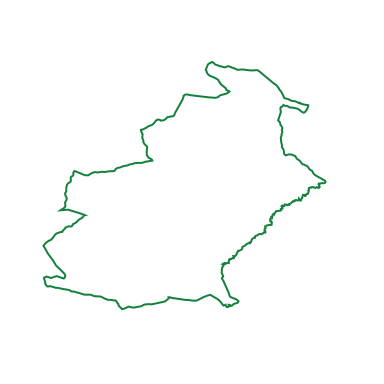 outline of Monkoto, Équateur, Democratic Republic of the Congo, rotated 109°
{"feature_id": "63176286B4277783159614", "entity_name": "Monkoto", "entity_type": "district", "adm_level": 2, "iso_a3": "COD", "parent_name": "Democratic Republic of the Congo", "parent_adm1": "Équateur", "projection": "equal_earth", "projection_center": [20.843, -1.599], "detail": "fine", "context": "isolated", "style": "outline", "palette": "green", "viewbox_px": 384, "rotation_deg": 109, "n_neighbors": 0, "source": "geoboundaries", "source_scale": "gbopen_adm2", "svg_char_len": 6010}
<svg xmlns="http://www.w3.org/2000/svg" viewBox="0 0 384 384"><g transform="rotate(109 192 192)"><path d="M138.7,69.1L137.9,70.1L137.6,72.9L137.1,74.4L136.9,76.3L135.9,81.3L134.9,83.2L133.0,85.2L132.3,88.3L130.7,90.3L129.8,92.1L130.0,93.3L129.6,94.6L129.8,96.3L129.3,97.5L127.3,100.4L126.6,103.1L126.1,104.1L124.4,106.0L124.2,110.4L124.5,111.5L125.1,113.0L126.6,114.9L126.8,115.6L126.3,116.7L125.6,117.5L122.6,118.9L120.0,121.8L118.9,121.9L115.9,123.8L111.5,125.8L109.6,125.7L108.3,126.1L105.9,126.1L104.0,127.3L102.1,127.3L101.4,127.9L99.5,130.4L97.6,131.5L96.2,133.9L87.7,134.0L84.1,135.7L82.8,135.6L82.0,134.6L79.9,133.7L80.2,132.3L79.7,129.6L80.2,127.6L80.2,126.8L79.6,125.1L78.9,119.7L79.1,117.9L80.5,114.3L80.6,112.1L79.6,111.2L77.0,110.3L73.0,110.0L72.1,110.3L72.9,115.0L73.0,117.6L72.5,118.7L72.6,119.2L73.1,119.3L72.6,123.9L73.4,127.5L72.9,131.0L73.1,134.2L72.9,135.7L70.9,137.3L67.7,140.8L66.6,143.0L65.9,143.4L63.5,147.0L62.6,150.4L56.2,167.1L55.6,169.1L55.7,170.7L56.8,172.9L58.0,176.3L59.8,184.5L61.6,188.5L61.6,190.3L61.2,192.2L61.4,193.2L61.1,197.9L61.5,199.2L63.1,201.0L63.5,201.8L63.7,203.2L63.6,204.8L64.1,206.7L63.9,208.0L63.9,211.6L63.2,212.9L62.4,215.1L65.2,217.9L66.4,218.5L72.1,218.8L72.7,217.8L74.0,217.0L75.3,215.6L76.3,213.0L76.5,209.0L77.1,204.9L77.8,203.2L78.3,203.0L79.7,201.1L79.7,200.7L80.3,200.5L80.7,199.9L82.9,193.9L83.5,193.2L84.4,192.7L84.6,189.7L84.8,189.3L86.5,190.4L88.3,192.2L91.5,197.0L93.9,198.3L95.3,200.5L96.9,206.3L101.0,225.1L101.4,228.9L102.6,230.6L104.0,231.3L104.5,231.0L108.0,231.1L122.9,233.8L125.1,233.8L126.0,234.2L126.8,234.9L127.2,236.3L128.2,237.6L129.1,239.4L132.9,241.6L134.0,243.2L134.7,244.8L134.3,245.7L134.4,247.2L135.2,248.7L137.2,249.7L139.2,250.2L141.9,251.8L142.9,253.4L145.0,255.5L146.1,256.1L148.7,258.7L149.9,260.6L151.5,259.6L153.3,257.6L157.0,256.6L159.4,254.6L160.6,254.3L162.0,252.8L163.6,249.4L164.1,249.0L168.1,248.1L172.2,246.6L172.6,245.5L173.4,244.8L173.7,244.1L174.2,241.3L174.6,240.3L175.3,239.7L176.4,242.0L177.8,244.3L178.1,245.3L180.5,248.4L183.3,255.5L185.2,257.9L186.0,259.6L187.8,261.5L189.0,263.8L190.3,265.8L192.3,268.1L193.5,270.3L195.1,271.6L196.8,271.9L197.9,273.1L199.5,277.4L201.7,281.3L201.9,283.1L204.3,287.6L204.6,289.6L204.9,290.5L207.5,293.7L209.9,295.4L211.0,298.7L210.3,309.9L212.5,310.5L214.1,309.8L215.4,309.9L217.0,311.3L217.9,311.4L220.7,310.2L221.7,310.2L224.4,312.1L225.8,312.5L228.5,312.4L232.7,311.0L233.3,311.4L234.8,311.5L235.6,311.2L238.4,308.6L239.2,308.2L240.3,308.1L243.3,308.6L245.0,307.7L247.0,307.1L249.9,308.3L250.5,309.2L252.1,310.4L249.1,303.6L248.6,289.6L248.8,285.6L249.4,286.5L251.2,287.0L253.2,288.2L254.3,289.4L256.2,290.6L259.0,291.9L261.2,294.1L263.1,294.3L263.6,294.7L264.1,295.3L264.7,297.7L266.9,300.1L268.2,300.3L270.7,301.6L271.9,301.6L272.6,303.1L275.3,306.6L276.8,307.5L280.2,308.5L282.6,309.5L283.9,310.4L284.6,311.5L288.2,313.9L291.2,314.9L297.6,307.6L301.7,301.4L305.7,296.7L310.6,286.4L311.5,285.2L312.4,284.5L314.6,284.6L315.1,284.7L315.6,285.3L315.6,292.6L319.2,297.3L319.3,301.9L321.0,303.9L321.6,304.0L325.2,301.3L326.1,301.2L327.6,299.6L328.3,298.4L328.4,297.8L328.0,296.8L327.3,295.9L326.9,291.1L327.0,289.7L326.3,287.7L325.6,281.2L325.2,280.2L325.2,279.0L324.8,277.4L324.7,275.6L325.3,273.4L324.4,270.6L324.6,268.1L324.2,266.5L324.2,261.4L323.8,259.3L322.3,255.2L322.1,253.7L322.3,250.3L320.6,244.5L320.9,241.3L321.2,240.2L321.3,236.3L320.1,232.5L320.1,231.5L319.5,228.7L319.7,228.2L321.3,226.4L322.0,225.1L323.0,224.7L324.2,222.8L324.6,221.5L325.6,220.0L323.9,217.6L321.0,214.6L320.8,211.8L320.2,209.3L316.5,202.7L314.5,201.0L313.6,199.8L312.3,196.9L311.3,193.5L304.4,182.0L300.3,179.4L299.7,179.4L299.2,179.9L298.8,179.1L298.7,176.5L296.3,163.7L295.3,160.4L294.6,156.5L293.5,152.9L292.2,151.2L288.2,147.5L285.0,143.8L283.3,141.3L284.9,133.1L285.4,131.7L286.3,129.6L288.6,126.3L289.1,125.1L287.7,123.6L289.4,121.8L289.4,121.2L287.2,118.7L286.9,119.4L287.0,120.3L286.7,120.6L286.5,119.9L286.8,117.7L286.4,117.2L284.4,116.2L281.9,112.8L280.5,112.3L279.9,112.7L279.1,115.3L278.8,121.3L278.4,122.2L274.9,124.9L266.3,132.9L264.0,135.6L263.0,135.6L262.0,135.1L261.4,135.1L258.8,137.7L254.7,138.7L253.4,138.8L251.3,138.2L250.8,138.6L250.5,139.6L250.1,139.1L249.6,139.1L249.5,137.6L249.3,137.3L248.5,137.8L248.2,136.1L247.4,135.3L247.2,134.1L245.3,134.7L244.7,134.4L243.6,134.9L242.7,134.1L242.9,133.4L242.7,133.1L241.2,132.1L241.2,131.3L240.9,130.9L240.4,130.9L239.1,132.0L238.7,130.5L237.4,129.8L235.6,129.5L234.4,129.7L233.5,129.2L232.5,129.2L232.2,128.3L230.5,126.5L229.0,126.0L227.6,126.5L224.8,123.9L223.5,123.5L222.5,122.5L221.6,120.8L221.1,121.2L220.7,121.0L220.3,119.9L217.1,120.0L215.8,119.1L215.3,118.4L214.9,118.4L214.7,117.6L213.0,117.8L211.6,116.0L209.9,114.8L209.6,114.1L209.4,112.6L207.8,111.3L206.9,111.0L206.7,109.7L206.4,109.4L205.1,109.9L204.5,111.1L202.9,111.2L202.0,110.6L200.7,111.7L199.2,110.3L198.0,108.3L197.2,106.1L196.4,106.2L195.6,106.6L195.2,106.4L194.4,106.8L193.7,108.0L194.3,108.1L194.3,108.4L192.4,109.3L191.4,109.0L190.9,107.8L190.6,107.9L189.8,109.0L189.5,108.9L189.3,108.0L188.8,108.0L187.4,108.4L186.8,108.0L186.6,106.9L186.3,106.9L185.8,107.6L184.1,106.4L182.8,106.3L182.3,105.1L181.2,103.3L181.1,102.6L180.0,101.7L179.1,102.3L178.7,101.5L178.1,101.2L177.8,101.7L176.9,101.5L176.6,102.1L176.0,101.3L175.5,102.2L175.0,101.4L174.9,100.2L173.6,100.1L173.5,99.3L173.1,98.8L173.6,97.8L172.9,97.2L172.6,95.8L172.2,95.8L171.6,96.1L170.8,95.0L167.7,93.5L168.0,92.7L166.9,91.8L166.1,91.8L165.6,90.4L165.7,89.2L164.7,88.6L163.5,88.7L164.8,87.2L164.9,86.8L164.7,86.3L162.8,86.3L161.9,85.8L160.0,86.2L158.4,86.0L158.4,85.7L159.0,83.9L158.8,83.5L157.9,83.9L157.8,83.3L156.7,83.0L156.1,81.9L153.6,81.8L152.7,82.5L151.9,82.1L150.3,82.8L149.0,81.4L149.0,80.6L148.4,80.3L148.1,79.6L147.9,78.0L148.0,76.6L147.0,75.9L146.8,75.2L147.0,74.0L146.7,73.3L145.8,72.9L145.3,73.1L144.8,74.0L143.8,74.1L143.4,74.9L142.7,74.9L142.6,74.6L142.8,73.8L142.1,73.4L141.1,71.5L140.8,70.2L139.7,69.1L138.7,69.1Z" fill="none" stroke="#15803d" stroke-width="2"/></g></svg>